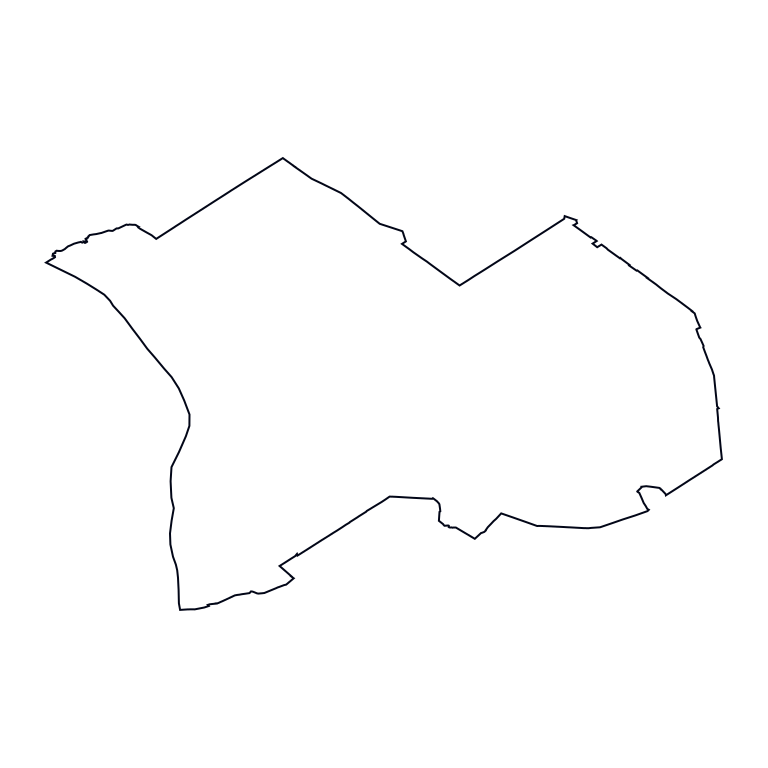 outline of Nīcgales pag., Daugavpils, Latvia
{"feature_id": "27541924B22704913663351", "entity_name": "Nīcgales pag.", "entity_type": "district", "adm_level": 2, "iso_a3": "LVA", "parent_name": "Latvia", "parent_adm1": "Daugavpils", "projection": "equal_earth", "projection_center": [26.391, 56.15], "detail": "fine", "context": "isolated", "style": "outline", "palette": "ink", "viewbox_px": 768, "rotation_deg": 0, "n_neighbors": 0, "source": "geoboundaries", "source_scale": "gbopen_adm2", "svg_char_len": 5839}
<svg xmlns="http://www.w3.org/2000/svg" viewBox="0 0 768 768"><path d="M721.9,459.2L721.4,454.4L720.7,448.0L719.7,437.2L719.0,429.7L718.5,424.9L718.3,422.5L718.1,421.2L718.0,417.7L717.2,409.3L717.2,409.1L717.3,408.8L718.7,408.3L717.1,406.3L714.1,376.9L714.1,376.6L714.1,376.3L714.0,375.5L713.5,374.2L712.5,371.2L712.1,369.9L712.0,369.6L711.0,367.3L709.3,363.4L708.5,361.3L707.9,359.9L706.5,356.0L705.0,352.1L703.2,347.2L703.6,346.0L703.6,345.9L700.5,339.0L700.0,338.5L699.2,337.5L698.8,336.3L698.1,334.4L696.4,329.5L696.4,329.3L696.6,329.1L700.3,327.6L700.1,327.3L697.2,320.9L696.0,317.5L695.6,316.3L695.0,314.4L694.8,313.6L694.5,313.2L693.1,312.2L691.9,311.3L692.2,311.1L691.7,310.7L687.8,307.7L676.4,299.2L667.8,293.5L661.0,288.4L657.5,285.6L656.3,284.6L647.2,278.1L647.6,277.9L637.3,270.4L636.6,270.7L629.1,265.5L629.6,265.0L621.0,258.6L620.5,258.0L620.4,257.9L619.9,258.3L618.1,257.0L616.1,255.6L613.9,254.0L607.9,249.7L606.5,248.2L601.5,244.6L597.2,247.2L592.6,243.6L596.7,241.0L596.1,240.5L591.3,237.2L591.0,237.1L590.6,237.5L579.9,229.7L573.6,225.2L574.1,225.0L577.1,223.2L576.1,220.3L576.3,220.1L568.4,217.4L564.7,216.1L564.3,218.3L564.2,218.8L546.7,230.1L542.8,232.6L531.1,240.1L514.4,250.9L497.9,261.2L485.2,269.3L479.3,273.0L474.3,276.1L469.0,279.6L459.6,285.5L449.8,278.5L440.1,271.4L429.5,263.6L426.9,261.6L422.4,258.6L413.4,252.3L409.2,249.1L402.0,243.9L405.9,241.4L403.8,235.3L403.3,233.5L402.4,231.2L391.4,227.6L379.7,223.8L373.6,218.9L368.9,215.1L357.9,206.2L353.3,202.6L348.7,198.9L341.0,193.0L325.3,185.3L321.7,183.5L311.6,178.7L301.6,171.6L295.6,167.4L295.8,167.4L295.4,167.0L295.2,167.0L282.8,158.1L268.9,166.8L250.2,178.5L245.1,181.7L230.9,190.7L229.1,191.9L214.9,201.0L197.8,212.0L191.1,216.3L185.8,219.7L179.7,223.7L175.6,226.3L174.6,227.0L156.2,238.9L153.3,236.6L151.7,235.3L150.5,234.6L148.5,233.5L146.5,232.4L143.7,230.8L142.1,229.9L140.0,228.7L138.8,227.8L138.3,227.5L137.9,226.9L137.4,226.1L137.2,226.0L137.3,226.0L136.8,225.7L136.3,225.3L135.6,225.0L135.0,224.8L134.3,224.8L133.6,224.8L132.6,224.8L131.4,224.7L130.2,224.6L129.6,224.5L128.6,224.8L127.9,224.9L126.7,224.6L126.4,224.6L125.7,224.9L118.5,228.3L118.2,228.4L117.0,228.4L116.7,228.4L116.4,228.5L113.5,230.4L112.6,230.9L112.4,230.9L112.0,230.9L109.1,230.6L108.3,230.6L106.2,231.3L101.6,232.9L101.4,233.0L101.1,233.0L96.1,234.1L93.6,234.4L92.4,234.6L90.7,234.9L89.9,235.0L89.6,235.1L89.2,235.6L88.8,235.9L88.6,236.1L88.7,236.3L88.4,236.7L88.3,236.9L88.0,237.0L87.9,237.1L88.0,237.3L87.9,237.6L87.8,237.8L87.1,238.0L86.8,238.4L86.3,238.4L86.2,238.6L86.4,238.9L86.2,239.0L85.9,239.0L86.0,239.2L85.7,239.5L85.7,239.8L85.9,239.9L86.1,240.0L86.5,240.5L86.5,240.8L86.9,241.6L87.1,241.7L87.1,241.8L86.9,241.9L86.7,241.9L86.1,242.0L85.9,242.0L85.8,242.6L85.6,242.8L85.3,242.8L85.1,242.8L84.8,242.8L84.6,242.8L84.4,242.6L84.5,242.3L84.5,242.2L84.9,241.9L84.6,241.7L84.4,241.7L84.1,241.6L84.2,241.8L84.0,242.0L83.8,242.1L83.2,242.2L82.8,242.3L82.6,242.4L82.2,242.6L81.8,242.3L81.6,242.3L81.0,241.9L80.7,241.9L80.6,242.0L80.1,242.1L78.6,242.4L78.2,242.5L76.8,242.9L74.0,243.7L70.2,245.5L68.1,246.3L66.0,248.0L64.9,249.0L63.0,250.1L61.8,250.7L61.0,250.9L60.2,251.0L57.8,250.9L56.7,250.7L55.4,251.5L55.3,253.0L54.4,253.1L53.0,253.7L52.5,255.8L53.2,255.9L54.1,255.7L54.8,255.9L55.0,257.2L53.8,258.0L52.1,259.0L51.0,259.5L46.1,262.6L57.1,268.0L70.4,274.5L75.1,276.8L87.3,283.9L96.3,289.5L104.3,294.7L110.1,300.8L113.1,305.7L118.4,311.4L124.6,318.2L132.5,329.0L139.9,338.7L147.3,348.8L154.7,357.3L164.1,368.6L171.6,377.1L178.8,388.4L184.2,400.5L189.5,414.5L189.4,425.9L185.9,436.2L179.0,452.0L171.5,467.1L170.6,481.2L171.4,497.8L173.8,508.2L171.6,520.7L170.0,533.4L170.4,544.5L173.0,556.7L175.9,564.7L177.2,570.3L178.0,577.7L178.2,581.9L178.6,589.9L178.9,603.3L180.1,609.9L187.7,609.4L193.1,609.3L194.2,609.3L194.6,609.4L204.3,607.5L208.8,606.0L208.3,605.3L208.0,605.0L207.9,604.9L209.7,604.3L212.1,604.0L216.2,603.6L216.1,603.4L217.5,603.3L218.6,602.9L220.5,602.0L222.4,601.2L225.0,600.0L234.8,595.4L235.3,595.3L235.9,595.2L236.3,595.1L237.5,594.9L239.3,594.7L241.9,594.2L245.5,593.7L249.5,593.1L251.0,591.4L252.6,591.6L254.2,592.2L257.1,593.4L258.5,593.6L261.4,593.3L261.7,593.3L264.4,593.0L264.6,592.9L276.3,588.1L277.5,587.5L279.3,586.9L284.1,585.1L286.2,584.6L293.7,578.3L293.4,578.1L291.3,576.5L291.5,576.4L279.6,566.0L291.2,558.6L295.5,555.9L295.4,555.8L297.0,553.9L297.6,555.5L299.7,554.2L311.2,546.9L322.4,539.7L322.5,539.7L333.4,532.8L337.0,530.6L342.4,527.1L345.8,524.8L347.5,523.8L349.5,522.6L349.7,522.2L357.9,517.0L358.4,516.6L366.2,511.7L366.7,511.0L370.9,508.5L371.2,508.3L371.5,508.1L381.6,502.0L385.4,499.5L388.0,497.7L389.6,496.6L393.0,496.7L397.1,496.9L412.5,497.8L432.3,498.8L432.9,498.2L433.2,498.4L434.7,499.5L436.1,500.6L436.9,501.2L437.8,502.2L438.9,503.4L439.4,504.3L440.0,508.4L440.3,511.3L439.5,511.9L438.9,520.8L443.2,524.2L443.3,524.5L444.1,525.4L444.4,525.7L444.9,525.8L445.3,525.7L446.2,525.7L447.1,525.5L447.9,525.5L448.4,525.5L448.8,525.7L448.9,526.0L448.7,527.0L448.9,527.1L449.3,527.4L450.1,527.5L450.7,527.5L451.6,527.4L452.4,527.7L453.4,527.5L455.8,527.5L474.8,538.8L481.1,533.0L482.0,532.8L484.3,531.9L485.8,530.5L485.7,530.2L487.8,527.2L490.9,524.0L493.6,521.1L496.2,518.8L501.2,513.4L512.5,517.3L525.6,521.9L537.1,526.0L539.8,525.9L549.4,526.3L561.4,526.9L568.6,527.3L569.1,527.3L583.4,528.1L587.4,528.2L588.7,528.2L591.2,527.9L598.4,527.4L598.5,527.4L599.9,527.3L600.3,527.2L613.2,522.8L622.1,519.7L623.0,519.4L635.4,515.4L644.7,512.1L647.5,511.1L648.8,509.8L647.3,508.9L645.7,506.0L643.7,503.0L641.6,498.0L639.3,492.9L637.5,491.8L637.3,491.4L642.1,486.8L642.0,486.7L646.2,486.2L650.6,486.7L659.3,487.9L660.1,488.4L660.0,488.5L661.3,489.8L661.6,489.8L665.1,493.5L665.5,494.0L665.8,494.3L665.8,494.6L665.9,495.3L678.1,487.5L689.5,480.1L712.5,465.4L713.5,464.5L721.9,459.2Z" fill="none" stroke="#020617" stroke-width="2"/></svg>